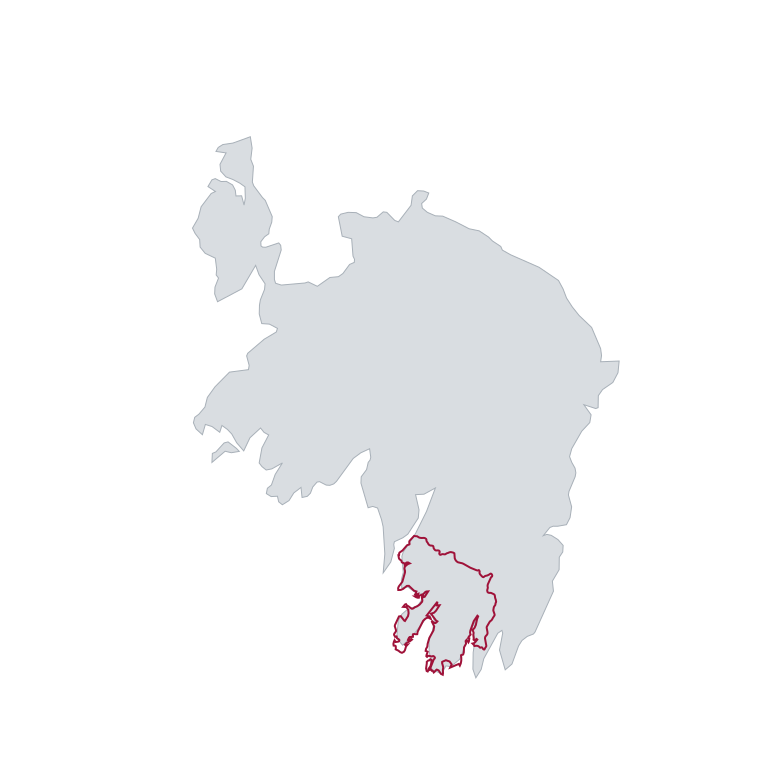 Kerry on a map of Ireland (orthographic projection), rotated 311°
{"feature_id": "IRL-725", "entity_name": "Kerry", "entity_type": "County", "adm_level": 1, "iso_a3": "IRL", "parent_name": "Ireland", "parent_adm1": "", "projection": "orthographic", "projection_center": [-9.777, 52.132], "detail": "fine", "context": "in_parent", "style": "outline", "palette": "rose", "viewbox_px": 768, "rotation_deg": 311, "n_neighbors": 0, "source": "natural_earth", "source_scale": "10m", "svg_char_len": 9566}
<svg xmlns="http://www.w3.org/2000/svg" viewBox="0 0 768 768"><g transform="rotate(311 384 384)"><path d="M462.7,142.6L450.0,152.2L448.1,155.7L445.0,169.9L444.7,173.9L437.0,189.8L432.5,193.1L425.6,195.8L421.8,198.5L416.8,197.3L410.5,197.7L407.5,200.6L407.7,202.7L409.7,205.1L421.4,212.0L420.9,215.0L417.7,218.5L397.1,227.4L391.0,232.7L388.9,236.1L391.3,241.6L408.4,258.1L411.3,259.8L414.0,269.6L428.9,273.3L435.1,279.2L440.4,280.5L451.7,279.6L456.3,281.8L458.8,279.9L460.2,276.7L472.4,264.3L468.1,255.5L480.3,239.8L483.8,239.9L490.0,244.3L495.1,250.6L497.1,259.2L502.1,266.7L505.2,269.3L513.4,270.5L515.4,273.5L514.5,284.8L515.8,288.5L536.6,287.2L544.6,282.0L551.9,282.5L555.7,287.4L557.5,292.5L551.4,294.7L544.9,294.0L541.9,297.5L542.0,304.1L544.6,312.4L549.2,318.2L553.4,331.6L557.0,346.4L562.0,355.3L563.5,366.5L563.1,372.0L564.4,381.9L562.7,385.5L564.6,394.8L573.8,424.4L576.6,447.8L573.2,456.8L568.6,465.4L565.7,475.5L563.7,486.3L562.9,503.6L552.8,524.3L548.2,529.5L542.9,532.9L555.6,546.4L546.0,553.2L535.3,555.7L523.2,552.6L515.8,553.4L506.6,561.1L504.4,559.9L499.5,548.4L496.6,560.5L489.9,564.6L478.1,564.2L458.4,568.1L450.9,571.7L448.0,577.2L445.8,583.4L442.8,587.1L439.4,589.1L424.2,594.1L421.2,596.0L414.4,606.2L405.2,612.1L397.5,614.0L390.6,608.4L387.7,605.0L384.5,603.3L374.0,603.7L377.3,605.5L379.5,609.5L380.7,617.3L379.7,625.1L374.5,629.1L368.3,629.9L358.7,638.0L345.7,640.4L338.8,647.8L295.9,660.7L293.4,660.8L287.5,657.7L281.0,656.4L274.6,657.4L256.6,664.3L247.8,663.0L259.0,645.7L273.9,637.0L275.4,634.6L270.5,633.4L242.2,639.5L232.3,644.6L222.5,646.1L227.1,638.2L239.8,627.5L250.7,620.5L255.5,614.1L268.8,606.9L225.8,621.7L214.5,619.8L211.9,615.7L203.1,617.6L199.8,607.5L212.9,592.5L220.5,586.0L229.5,582.5L238.2,577.5L241.4,571.3L237.3,569.4L211.5,570.8L199.1,569.4L199.8,564.5L202.2,559.1L215.0,549.9L221.9,548.5L228.1,549.4L239.0,554.9L253.5,553.1L247.4,547.2L246.4,535.2L241.8,531.1L247.7,525.5L254.4,522.2L265.6,510.6L269.6,508.8L291.8,505.9L315.7,499.7L339.3,491.0L327.1,486.5L321.2,480.4L312.0,493.0L305.3,497.8L286.3,500.5L280.3,499.1L271.8,495.3L269.2,496.7L266.7,499.7L254.1,505.9L240.9,507.3L256.3,496.1L275.7,477.0L280.1,471.0L286.2,460.5L284.2,455.8L280.2,453.2L294.1,431.6L299.0,427.7L308.0,427.0L314.5,423.5L317.4,423.4L320.0,422.1L325.7,415.6L316.8,411.6L307.6,409.6L279.3,412.0L275.6,411.6L272.0,409.6L269.8,406.7L268.0,399.4L266.0,397.8L259.6,397.8L253.3,400.1L248.9,399.8L244.6,396.6L251.5,389.2L242.6,387.4L233.7,388.8L226.2,386.5L226.0,381.8L229.4,377.2L225.0,372.7L224.1,367.1L228.8,364.4L233.9,365.3L244.4,361.2L257.8,359.1L246.3,355.0L241.8,351.5L241.6,346.2L242.5,341.6L255.7,333.8L269.9,330.4L268.8,325.2L269.8,319.7L255.5,318.1L241.5,322.0L243.0,311.4L246.4,301.9L247.0,295.6L246.4,288.9L239.8,291.7L239.1,282.2L236.3,275.7L226.6,280.2L226.8,271.6L229.7,265.6L234.7,263.0L239.7,264.1L249.1,264.0L258.0,259.5L271.0,258.3L291.6,259.6L305.9,272.3L309.6,270.0L315.1,261.9L317.8,261.0L339.2,264.2L352.6,268.6L356.1,267.1L354.0,258.2L349.4,252.1L355.0,243.9L361.8,238.3L366.4,235.5L377.0,231.8L381.6,228.5L384.5,218.0L389.3,209.3L362.6,214.3L336.9,204.4L340.9,197.1L346.2,192.9L355.4,189.6L356.2,185.8L360.8,182.5L368.3,174.1L365.3,163.3L366.7,155.4L372.1,150.1L373.7,142.7L376.0,137.2L387.2,135.0L397.8,129.7L414.4,128.6L418.7,130.5L417.5,121.6L425.2,120.2L428.3,121.9L429.9,128.2L433.5,132.1L434.9,139.1L432.7,144.6L428.8,148.9L432.6,153.1L427.2,161.0L433.2,157.5L441.6,149.7L441.0,143.5L439.2,135.8L436.6,128.8L437.5,121.1L442.2,116.1L454.8,113.2L449.3,104.6L453.9,103.7L459.0,105.3L466.7,111.9L482.9,120.9L475.5,129.7L466.2,136.0L462.7,142.6ZM238.6,314.9L238.2,319.0L232.0,313.9L229.0,308.2L211.9,305.6L219.0,300.0L222.5,301.7L234.6,302.0L238.0,304.3L238.6,314.9Z" fill="#d9dde1" stroke="#a8b0b8" stroke-width="1"/><path d="M245.6,624.1L246.0,623.5L246.2,621.1L247.3,621.9L248.9,622.2L252.3,622.1L252.3,621.1L251.6,621.0L249.8,620.2L249.8,619.3L251.0,618.5L253.3,615.9L255.0,614.9L256.1,613.0L256.5,612.3L257.2,612.2L259.5,612.3L262.4,611.4L267.6,608.5L270.4,607.5L270.4,606.5L264.0,607.3L254.7,610.9L253.0,611.9L252.3,612.8L251.7,613.8L248.8,613.8L247.5,614.2L248.0,615.3L245.3,617.0L244.4,617.2L244.6,616.6L244.8,614.9L245.0,614.2L243.7,614.2L243.0,614.8L242.5,615.6L241.9,616.2L240.9,616.5L238.8,616.9L237.7,617.2L233.8,620.3L231.8,621.2L229.8,620.1L228.0,622.0L225.8,623.9L223.4,625.3L221.2,626.0L221.8,624.1L213.4,620.0L216.8,619.0L217.6,615.5L216.1,611.9L212.5,610.2L211.5,610.9L209.3,614.3L208.3,615.1L207.2,615.7L204.4,618.3L203.1,619.1L202.6,617.2L203.7,613.1L203.1,611.2L201.8,610.9L200.0,611.0L198.9,610.8L199.5,609.2L199.5,608.5L199.3,608.3L199.0,608.3L198.9,608.2L199.1,607.7L199.3,607.3L199.5,606.9L199.5,606.3L199.2,606.2L198.6,606.3L198.3,606.2L198.3,605.3L201.3,604.9L208.6,602.3L210.2,602.3L210.9,601.9L211.2,600.9L211.1,599.9L210.8,599.5L209.6,598.7L208.8,597.1L207.9,595.7L206.3,595.5L206.3,594.6L207.3,593.9L209.5,593.1L210.6,592.6L209.9,590.5L211.7,589.5L214.2,589.0L216.5,587.4L222.1,584.8L230.5,583.0L234.0,580.9L236.0,576.1L236.6,576.1L236.6,578.6L237.4,579.7L238.7,580.0L239.9,580.0L239.6,578.6L241.5,570.2L244.2,571.8L247.0,572.0L253.5,571.1L252.9,570.5L252.1,569.6L251.6,569.1L254.7,567.2L237.2,568.1L238.4,571.1L237.8,572.7L237.4,573.4L236.9,571.0L236.0,570.1L234.9,569.5L233.6,569.1L231.0,568.9L219.1,571.9L217.0,573.2L216.1,572.3L215.2,570.9L214.3,570.1L213.4,570.4L212.8,571.3L212.1,571.7L209.9,569.4L208.9,569.3L206.4,570.0L206.4,570.9L207.3,570.9L208.0,571.1L209.5,571.9L209.5,572.8L207.3,572.4L203.1,570.9L201.0,570.9L201.1,571.8L201.4,572.3L202.3,572.8L200.4,572.8L196.9,574.4L195.0,574.7L192.9,573.9L192.3,572.2L192.2,569.8L191.4,566.9L192.2,566.4L193.8,564.9L193.8,564.1L192.9,562.9L194.0,561.6L195.9,560.6L197.5,560.1L196.9,562.0L198.8,563.7L199.9,564.1L200.8,563.6L201.0,562.4L200.7,561.4L200.7,560.4L201.7,559.1L200.9,558.4L200.5,558.3L201.3,556.1L202.4,555.5L203.7,555.5L205.4,555.2L206.4,554.1L208.3,551.0L209.3,550.4L218.4,547.8L219.8,549.0L218.7,554.4L218.9,555.3L224.6,554.4L227.2,552.9L229.6,550.3L230.3,547.3L228.3,544.6L231.3,544.5L232.3,545.0L231.9,546.5L232.3,548.6L232.4,550.8L232.7,552.6L234.0,553.4L235.4,553.6L238.1,554.9L241.0,555.6L244.7,555.6L245.9,554.9L247.8,552.5L248.8,552.0L249.8,552.4L249.2,552.9L248.7,553.4L250.1,554.3L256.5,553.4L255.1,552.0L253.9,551.6L251.1,551.5L248.2,549.9L246.9,549.6L245.6,550.5L244.9,549.8L244.5,549.0L244.1,547.9L243.9,546.5L245.0,547.6L245.8,548.2L246.7,548.2L248.1,547.5L246.9,546.9L246.4,546.6L245.6,546.5L245.6,545.5L246.5,545.5L248.7,544.6L247.7,542.2L248.0,535.2L246.6,533.7L242.0,532.9L239.5,531.7L237.9,529.9L239.2,528.6L240.9,528.0L246.8,527.6L255.5,523.5L256.7,522.5L258.0,520.6L259.4,519.7L261.7,519.7L264.0,520.3L265.5,521.1L265.1,519.2L264.1,518.2L262.7,517.9L261.2,518.1L261.7,517.4L261.9,516.6L261.7,515.9L261.2,515.2L261.2,514.2L261.9,513.3L262.1,512.5L261.9,510.8L262.2,509.7L264.2,507.2L264.7,507.7L265.3,507.3L266.0,506.6L266.9,506.3L270.5,507.2L277.4,507.2L278.1,507.5L278.9,508.1L279.7,508.4L280.6,507.7L281.2,506.8L281.8,506.4L282.5,506.2L289.1,506.4L289.6,507.3L290.8,508.9L291.0,510.2L291.2,511.4L292.0,512.8L292.7,513.7L293.8,514.8L294.3,515.5L294.6,516.3L294.7,517.3L294.5,517.9L294.2,518.3L293.8,518.6L293.5,519.0L293.3,519.4L293.1,519.8L292.9,520.9L292.7,521.5L292.4,522.2L292.2,523.3L292.2,524.0L292.4,524.6L292.8,525.4L293.2,525.8L293.5,526.3L293.9,527.1L293.8,527.7L293.6,528.1L293.3,528.4L293.0,528.8L292.6,529.3L292.4,530.0L292.2,531.1L292.2,531.7L292.4,532.3L292.6,532.6L293.6,533.6L293.9,534.0L294.3,534.8L294.3,535.4L294.1,535.8L293.8,536.2L292.5,536.8L292.1,537.2L291.9,538.0L292.0,538.5L292.3,538.8L293.7,539.5L294.0,539.8L294.6,540.6L295.1,541.4L295.4,541.7L295.8,542.0L297.3,542.4L298.6,543.2L299.9,543.8L300.3,544.1L300.8,544.5L301.1,544.9L302.1,546.7L302.4,548.1L302.2,548.4L298.9,551.7L298.3,552.9L297.9,554.1L297.8,555.5L297.9,556.2L298.0,556.9L298.5,557.8L298.8,558.3L299.1,559.0L299.9,560.4L300.1,560.9L300.4,561.9L302.0,569.7L304.1,575.9L304.6,576.9L304.8,577.1L305.0,577.3L305.3,577.5L305.7,577.6L305.8,577.8L305.7,578.2L305.5,578.8L305.4,579.0L305.0,579.4L304.2,579.9L303.7,580.6L303.4,581.5L303.1,583.9L303.1,585.0L303.4,585.7L303.8,585.9L304.9,586.1L305.4,586.3L305.8,586.5L307.3,587.6L309.2,588.4L310.4,588.7L310.7,588.8L311.0,589.1L311.1,589.6L311.1,590.1L310.9,590.7L310.5,591.3L310.1,591.6L309.5,591.8L308.5,591.6L307.9,591.7L300.9,593.8L299.7,594.5L299.4,594.8L298.5,595.9L297.7,596.4L296.4,597.0L295.9,597.3L295.5,597.8L295.0,598.5L294.9,599.2L295.0,599.7L295.2,600.1L295.4,600.5L296.4,601.6L296.6,602.0L297.4,604.7L297.4,605.4L297.3,606.0L296.9,606.6L295.9,607.7L295.1,608.8L294.5,609.9L293.3,611.4L292.8,611.7L291.7,612.0L291.3,612.3L290.5,612.8L290.0,613.0L288.3,613.1L287.3,613.5L285.3,614.7L284.7,615.2L284.2,616.0L283.3,617.6L282.8,618.4L282.3,619.0L281.9,619.2L281.4,619.3L279.1,619.6L277.4,620.0L276.5,620.1L275.9,620.1L274.9,619.8L273.7,619.8L268.4,620.8L267.9,621.0L267.4,621.4L264.7,624.8L264.0,625.5L263.6,625.8L263.1,626.0L262.6,626.2L260.2,626.2L259.7,626.3L259.2,626.5L258.4,627.0L258.1,627.3L253.7,632.8L253.4,633.1L252.9,633.3L252.4,633.4L251.3,633.5L249.8,633.9L249.3,633.8L249.1,633.4L249.0,632.9L249.1,632.4L249.4,631.4L249.5,630.9L249.3,630.5L249.1,630.2L248.2,629.7L248.0,629.3L248.1,628.8L248.1,628.3L248.1,627.7L247.9,626.8L247.4,625.9L247.1,625.5L246.5,624.9L246.0,624.5L245.6,624.1ZM205.7,599.4L206.7,599.6L207.0,600.5L206.4,601.6L204.8,602.6L201.4,604.2L198.3,604.5L197.4,605.3L195.7,605.6L195.4,604.5L196.9,602.4L201.5,599.4L202.3,598.6L203.9,598.7L204.5,598.9L205.2,599.5L205.7,599.4Z" fill="none" stroke="#9f1239" stroke-width="2"/></g></svg>